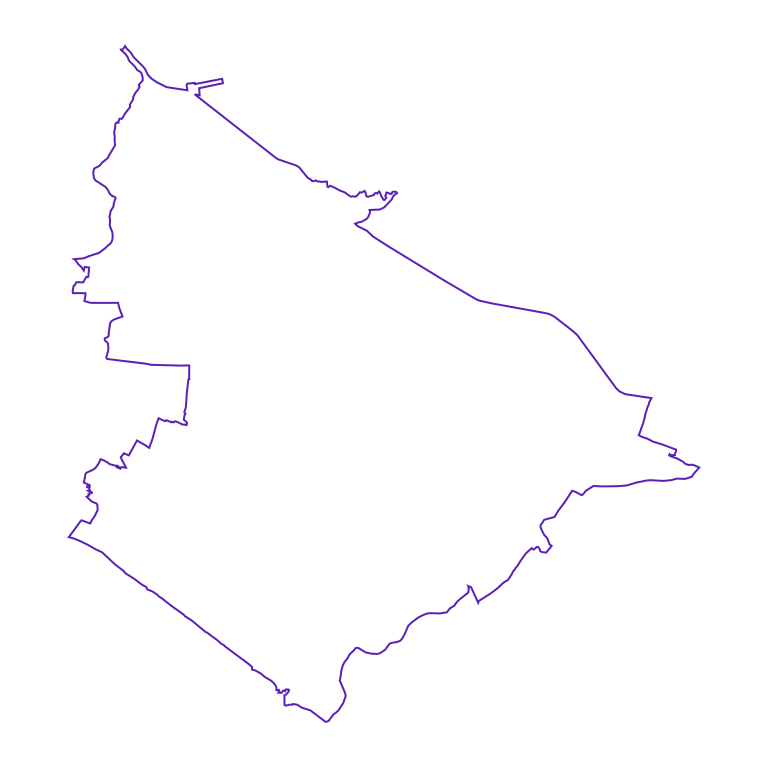 the district of Livezile, Mehedinti, Romania
{"feature_id": "2599482B92373301831218", "entity_name": "Livezile", "entity_type": "district", "adm_level": 2, "iso_a3": "ROU", "parent_name": "Romania", "parent_adm1": "Mehedinti", "projection": "mercator", "projection_center": [22.853, 44.538], "detail": "fine", "context": "isolated", "style": "outline", "palette": "violet", "viewbox_px": 768, "rotation_deg": 0, "n_neighbors": 0, "source": "geoboundaries", "source_scale": "gbopen_adm2", "svg_char_len": 6016}
<svg xmlns="http://www.w3.org/2000/svg" viewBox="0 0 768 768"><path d="M674.8,455.0L674.6,454.3L676.1,451.3L676.0,449.6L661.8,444.3L653.2,441.7L647.4,438.7L642.0,436.9L638.8,435.3L643.0,423.7L644.7,417.8L645.2,414.7L647.8,406.4L648.9,404.2L649.0,402.8L651.5,398.1L625.4,394.2L619.5,391.4L616.2,388.3L577.3,335.1L573.4,331.5L554.3,316.6L549.2,314.0L544.3,312.9L492.4,303.5L480.1,300.8L476.2,299.3L443.4,280.0L389.7,247.2L372.8,236.4L367.1,230.9L357.6,226.1L355.1,223.7L358.8,222.3L361.5,221.8L366.7,218.9L368.2,217.0L369.7,213.4L370.1,212.0L369.5,210.0L379.8,209.5L384.2,207.4L391.7,199.5L392.9,196.9L394.6,194.8L397.1,193.0L395.9,191.8L393.3,191.6L391.9,192.5L391.9,193.6L390.9,194.1L387.4,192.6L386.3,192.6L386.1,194.5L385.5,195.2L385.3,196.1L386.3,197.7L384.5,200.0L383.5,199.8L381.2,195.9L379.9,192.4L379.1,191.4L377.1,193.6L376.1,193.0L374.5,193.5L374.1,194.9L368.4,196.7L367.2,196.7L366.5,196.3L365.6,192.9L364.6,191.0L361.3,192.6L359.9,192.2L357.4,195.3L355.7,196.7L352.7,196.3L351.1,196.7L349.2,195.7L344.6,192.3L340.0,190.6L334.7,187.7L330.2,185.8L328.4,187.1L327.4,186.7L326.9,181.5L321.2,182.0L319.9,181.4L318.5,181.6L316.6,181.1L315.8,180.4L313.5,181.2L312.1,181.1L310.9,179.6L307.7,177.8L299.8,168.1L298.4,166.8L295.9,165.4L278.6,159.5L276.1,158.1L195.3,94.8L195.7,94.5L199.6,95.3L199.2,88.2L222.9,83.2L222.2,78.8L194.9,84.1L194.7,82.9L187.3,83.7L186.6,85.3L187.3,90.3L166.5,87.1L156.7,82.2L151.2,78.4L147.8,74.7L145.8,70.4L143.8,67.3L133.8,57.3L130.7,52.5L126.7,48.5L125.1,46.1L122.7,49.5L120.9,49.5L121.2,50.2L125.3,53.8L127.8,57.3L128.6,59.8L129.6,61.4L134.4,66.0L137.3,70.1L139.7,71.4L141.5,73.2L142.6,77.2L142.7,79.9L142.7,80.5L139.0,84.6L138.7,85.4L139.5,86.4L139.5,87.0L137.7,90.1L135.8,92.2L133.1,97.2L133.2,99.1L129.9,104.6L130.2,106.9L124.9,113.7L122.1,118.7L119.3,118.9L119.0,120.6L117.6,122.1L118.2,122.6L116.4,122.8L115.6,123.5L115.3,124.5L115.2,127.5L114.1,132.5L114.7,136.5L114.6,140.8L115.1,145.3L109.6,154.4L107.6,158.2L102.1,162.6L99.7,165.7L94.3,168.5L93.5,170.8L93.3,172.6L93.8,177.1L94.2,178.4L95.6,180.5L105.6,187.0L108.2,190.4L109.4,193.2L110.4,194.4L111.7,195.6L115.0,197.1L115.6,198.0L113.9,203.0L113.4,206.6L110.8,210.8L109.4,217.6L110.1,218.9L109.8,225.9L112.4,232.4L112.7,235.6L112.4,239.2L111.7,241.6L110.6,243.4L107.9,245.5L105.8,247.7L99.2,252.8L88.8,256.2L83.9,258.3L74.1,259.2L75.3,260.0L78.4,264.3L81.4,267.0L83.7,270.5L84.7,267.0L89.2,267.5L88.3,276.7L87.8,277.1L86.2,277.0L83.2,282.4L76.4,282.2L74.6,285.4L73.7,285.7L72.7,290.5L72.8,292.7L72.9,293.1L85.4,293.2L85.4,295.6L84.4,301.0L89.5,302.6L92.4,302.9L118.1,302.9L119.4,308.3L122.5,316.5L114.0,319.5L111.9,320.9L110.2,322.9L108.6,333.9L108.8,334.7L108.7,335.8L107.7,337.0L104.9,338.3L104.6,339.2L105.2,340.8L107.4,342.6L108.0,343.6L108.4,348.8L107.9,351.7L106.2,357.5L107.2,359.0L145.8,363.7L151.3,364.8L181.0,365.6L189.0,365.4L189.3,365.7L189.1,377.8L189.4,379.0L188.4,379.4L186.9,392.1L185.9,406.6L185.4,409.0L184.4,411.7L184.4,412.6L185.5,413.6L184.4,415.7L183.9,419.1L184.0,419.9L186.5,422.0L187.0,423.1L186.5,425.1L184.2,424.5L182.9,424.7L176.8,421.7L175.0,421.3L173.8,422.4L172.0,421.7L171.4,422.3L166.4,420.2L165.1,421.2L158.5,418.3L156.2,425.0L152.4,439.2L149.2,447.9L143.9,444.4L137.0,440.5L128.8,455.4L123.9,453.3L120.7,457.4L126.0,467.7L121.4,467.1L120.6,467.7L120.3,468.7L116.7,467.2L117.2,466.4L118.1,466.3L117.3,465.7L115.0,465.6L109.6,464.1L107.6,462.5L103.8,460.4L100.6,459.2L98.6,463.6L95.5,467.9L93.1,469.7L86.3,472.8L85.3,474.6L84.9,477.9L83.8,482.5L89.6,485.1L89.8,486.5L87.2,486.3L87.1,487.2L88.8,487.7L90.0,490.5L88.1,490.8L89.3,491.7L92.0,492.5L91.8,493.0L90.0,492.9L89.6,494.2L88.5,494.2L88.7,495.6L86.6,496.8L91.7,501.5L96.5,503.5L97.3,504.5L97.7,509.9L94.7,516.1L91.4,520.9L90.2,523.5L81.6,520.3L81.0,520.6L68.8,537.2L73.5,538.4L79.3,540.7L87.6,544.7L95.6,549.3L102.1,552.3L114.8,564.2L124.0,571.3L124.5,572.4L125.4,573.2L134.9,579.3L142.0,584.7L146.2,587.0L147.3,589.4L152.5,591.5L157.7,595.0L158.7,596.3L162.0,598.4L171.7,606.1L183.4,614.4L185.2,616.4L191.6,620.4L205.6,632.0L207.1,632.6L212.4,636.6L217.3,640.2L220.9,643.5L224.0,645.2L224.5,646.0L249.3,664.5L252.1,667.1L252.0,669.6L255.0,670.3L260.7,673.4L264.8,677.0L271.0,680.6L273.8,683.1L275.1,684.7L276.4,687.5L276.4,690.2L278.8,689.8L279.3,690.6L278.5,692.4L279.6,692.0L280.0,692.9L281.9,692.6L283.0,690.7L284.2,690.6L284.9,691.2L285.5,689.8L286.1,689.3L287.4,689.7L288.1,689.4L289.0,690.0L288.6,691.7L286.0,694.5L284.4,695.3L284.5,704.9L285.5,705.6L289.7,704.7L292.3,704.7L293.0,704.0L297.6,704.8L300.3,706.8L302.5,707.9L310.4,710.4L325.6,721.9L328.0,721.2L328.9,720.5L333.7,714.1L335.7,712.9L338.4,710.5L343.2,703.1L345.8,695.8L344.5,691.5L339.8,680.7L341.0,673.9L341.1,671.8L342.7,665.7L344.3,662.4L347.9,657.7L349.5,654.4L353.8,650.5L355.3,648.4L356.2,647.8L358.4,648.0L365.5,652.3L370.9,653.6L376.8,654.0L378.6,653.7L381.3,652.4L385.2,649.7L389.0,644.5L390.6,643.1L396.4,642.1L399.4,641.2L400.9,640.1L402.0,638.8L404.7,634.0L408.3,625.7L411.8,622.3L418.4,617.5L422.7,615.2L427.0,613.6L429.4,613.2L440.0,613.4L446.9,612.3L449.8,608.5L454.3,605.7L456.5,602.4L459.5,599.5L467.6,593.1L468.2,592.4L468.6,590.8L468.6,587.2L468.2,586.0L471.1,587.2L478.2,602.8L478.9,600.9L490.9,593.3L498.0,587.9L502.2,583.8L505.0,581.6L507.0,580.7L508.5,579.2L511.7,574.3L513.3,571.0L514.4,570.0L516.2,567.1L517.3,566.2L520.5,560.9L525.8,553.5L531.7,548.1L533.3,549.5L534.9,548.7L536.6,547.0L537.9,546.8L539.5,548.8L540.3,551.2L542.0,552.1L546.1,552.6L550.4,547.5L551.6,545.8L549.7,544.6L547.5,538.8L546.4,537.1L544.3,535.1L543.1,532.8L541.0,528.6L540.4,526.3L540.6,525.3L544.2,519.8L554.5,517.0L558.4,510.5L564.7,502.2L572.2,490.7L575.8,492.0L581.7,495.2L582.8,494.5L586.1,490.6L593.4,486.0L601.7,486.4L617.9,486.2L627.0,485.4L636.7,482.5L646.7,480.5L650.4,480.2L663.5,480.9L670.9,480.2L676.9,478.6L685.2,478.9L691.9,476.7L693.3,474.3L699.2,467.5L693.6,465.0L691.4,464.7L688.5,465.0L685.3,463.8L682.7,461.5L677.3,458.6L670.3,456.1L669.1,455.2L669.6,454.2L670.0,454.7L672.0,455.2L674.8,455.0Z" fill="none" stroke="#5b21b6" stroke-width="2"/></svg>